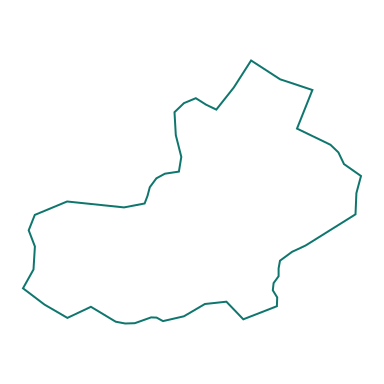 SVG path tracing the border of Teleneşti
{"feature_id": "MDA-1648", "entity_name": "Teleneşti", "entity_type": "District", "adm_level": 1, "iso_a3": "MDA", "parent_name": "Moldova", "parent_adm1": "", "projection": "equal_earth", "projection_center": [28.447, 47.584], "detail": "fine", "context": "isolated", "style": "outline", "palette": "teal", "viewbox_px": 384, "rotation_deg": 0, "n_neighbors": 0, "source": "natural_earth", "source_scale": "10m", "svg_char_len": 760}
<svg xmlns="http://www.w3.org/2000/svg" viewBox="0 0 384 384"><path d="M251.1,60.5L280.1,79.3L312.4,90.0L297.0,128.6L330.5,144.8L338.4,152.4L344.0,164.1L361.0,176.0L356.4,193.1L355.5,214.3L305.6,245.5L292.1,251.8L280.0,260.7L278.6,268.4L278.6,276.2L273.6,283.1L272.8,290.3L277.2,297.4L276.9,306.2L243.3,319.3L226.4,301.7L204.9,304.0L183.9,316.3L163.0,321.1L156.6,317.6L151.1,317.4L134.8,323.2L125.2,323.5L115.7,321.7L90.9,306.8L67.4,317.9L44.5,304.6L23.0,288.3L33.5,269.5L34.9,246.5L28.7,230.3L34.8,214.9L67.1,201.5L124.0,207.4L144.6,203.5L147.5,195.9L149.8,187.2L156.4,178.3L164.9,173.7L178.9,171.6L181.3,156.9L175.8,135.1L174.5,112.2L184.0,103.1L195.8,98.2L206.1,104.7L216.3,109.6L233.8,87.5L251.1,60.5Z" fill="none" stroke="#0f766e" stroke-width="2"/></svg>